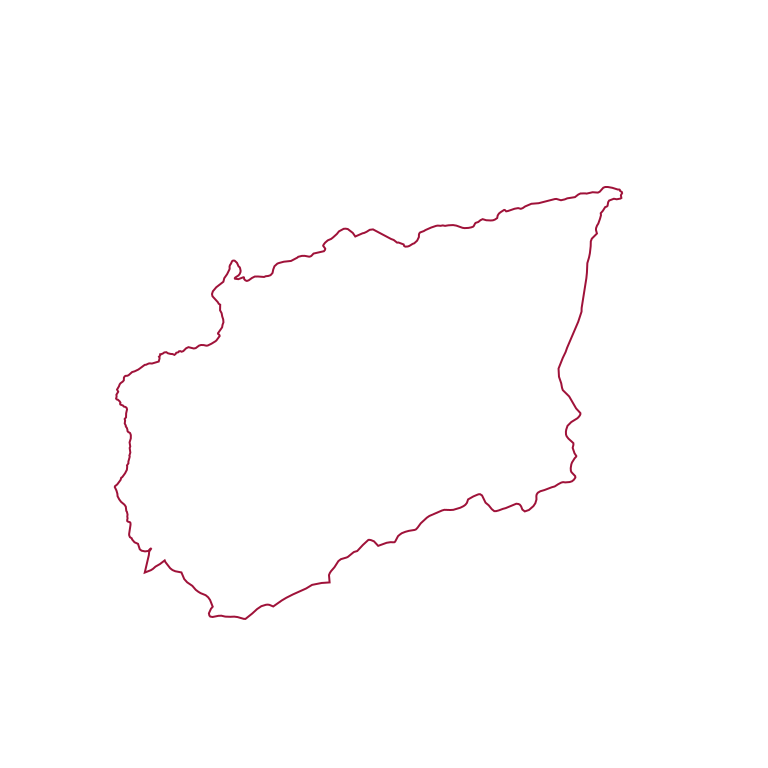 Penipe, Chimborazo, Ecuador (Equal Earth projection), rotated 67°
{"feature_id": "8360857B23969397471508", "entity_name": "Penipe", "entity_type": "district", "adm_level": 2, "iso_a3": "ECU", "parent_name": "Ecuador", "parent_adm1": "Chimborazo", "projection": "equal_earth", "projection_center": [-78.46, -1.554], "detail": "fine", "context": "isolated", "style": "outline", "palette": "rose", "viewbox_px": 768, "rotation_deg": 67, "n_neighbors": 0, "source": "geoboundaries", "source_scale": "gbopen_adm2", "svg_char_len": 6154}
<svg xmlns="http://www.w3.org/2000/svg" viewBox="0 0 768 768"><g transform="rotate(67 384 384)"><path d="M394.6,173.9L391.3,172.4L365.7,156.4L360.8,153.7L352.2,149.6L347.6,145.8L344.1,143.4L337.9,139.9L333.5,137.9L331.4,135.9L328.7,129.2L325.0,128.7L323.4,127.9L321.4,126.0L320.1,124.1L316.3,120.6L313.4,118.3L311.5,117.8L310.1,114.9L307.6,111.3L307.7,109.7L307.3,108.6L304.2,106.6L303.1,105.1L303.3,100.0L304.9,97.6L305.7,93.9L305.5,92.8L302.8,92.2L301.3,90.2L300.1,90.1L298.6,91.2L297.3,91.1L296.8,91.6L296.5,92.6L292.6,97.2L290.1,101.0L289.1,103.4L289.0,105.4L291.3,110.3L291.4,112.3L289.0,117.0L287.9,123.1L287.1,124.4L285.4,128.7L285.5,131.1L286.6,135.2L284.7,142.8L284.7,145.4L284.0,149.3L281.0,153.0L280.5,154.5L278.0,171.0L275.7,177.9L275.7,184.7L276.3,187.6L276.2,189.6L274.5,191.8L273.7,195.3L273.2,202.3L272.8,204.1L271.2,204.7L270.7,205.4L271.4,209.5L272.0,211.6L273.3,213.5L275.5,215.0L276.0,217.8L275.9,219.7L275.2,221.8L273.2,225.9L270.8,228.8L270.9,231.2L271.7,233.9L271.5,236.7L271.8,237.4L273.7,239.7L274.0,240.5L273.9,242.5L273.3,245.3L272.0,248.9L270.9,250.7L266.5,255.5L264.7,258.3L263.1,262.7L262.3,266.0L261.0,267.9L260.5,270.1L259.2,272.6L258.8,274.2L258.4,279.5L258.5,285.7L258.8,287.6L258.6,291.5L259.2,292.7L260.2,293.5L262.4,294.5L265.0,297.5L266.3,301.2L266.2,302.9L266.8,306.6L266.7,308.4L265.9,310.7L264.9,311.5L263.2,311.4L259.4,315.4L259.0,316.7L255.2,318.8L253.3,320.8L237.4,333.7L236.5,336.9L237.1,340.5L237.2,343.3L236.9,344.8L237.0,352.8L232.7,353.7L227.2,356.8L226.0,358.7L225.4,360.5L225.9,365.8L227.5,368.8L229.1,373.4L229.8,375.9L229.8,379.6L230.9,383.0L232.1,385.1L233.0,386.0L236.4,385.2L237.4,385.8L238.3,387.4L236.4,397.9L237.7,400.8L237.8,401.8L237.6,403.1L235.0,407.0L234.0,409.4L233.4,413.3L233.8,414.3L234.4,421.5L232.3,428.4L231.6,433.3L231.5,435.1L232.8,438.8L235.3,441.2L238.2,443.2L239.3,445.4L239.5,446.3L239.3,448.4L238.6,450.7L238.6,452.6L235.8,458.0L234.6,460.9L234.8,464.1L235.7,468.0L235.6,469.6L235.3,470.3L234.4,471.1L233.0,471.7L231.2,471.3L230.8,471.7L230.6,477.1L228.9,480.0L228.3,480.0L227.9,479.4L227.2,475.5L226.3,473.8L224.8,472.3L223.6,471.7L220.9,471.2L219.9,471.3L219.0,471.9L215.0,472.0L212.3,473.2L211.7,473.9L211.4,475.2L211.7,476.0L213.4,477.8L214.4,479.3L215.4,480.2L217.7,481.1L218.3,481.7L221.6,485.5L224.2,489.7L227.1,491.9L229.4,500.6L231.8,505.3L234.0,507.2L236.3,507.6L243.7,505.0L245.5,504.8L247.0,503.8L252.1,506.1L255.4,505.8L258.5,506.5L261.8,506.8L264.5,507.7L266.3,509.4L268.6,510.9L272.4,517.0L273.1,517.1L274.4,516.4L275.6,516.5L278.4,521.2L278.8,522.4L279.5,527.1L279.7,531.2L279.3,532.6L277.7,534.8L276.6,537.2L276.4,539.3L277.4,543.3L277.0,545.2L273.7,549.6L273.8,552.2L275.3,555.9L275.2,557.7L274.2,558.6L273.8,559.9L274.4,560.9L274.1,563.0L274.9,564.1L275.3,565.5L273.7,567.1L273.0,568.6L271.3,570.9L269.7,571.9L269.1,573.9L269.6,576.0L269.2,578.5L270.3,578.8L271.0,580.5L272.0,580.3L272.9,580.7L275.3,582.6L274.5,589.6L273.5,591.5L273.2,592.7L273.3,595.5L272.9,596.8L274.7,604.4L274.9,608.6L274.6,611.2L276.1,615.7L276.1,617.1L275.5,618.8L275.7,619.8L276.5,620.9L279.0,622.1L279.7,623.5L280.3,626.1L281.0,627.4L282.6,628.9L284.8,631.9L287.3,631.7L289.3,634.5L291.2,635.1L292.7,636.3L293.7,636.1L294.5,635.1L296.7,634.1L298.2,633.9L299.2,634.7L300.0,634.6L301.8,632.7L303.0,632.4L304.2,630.9L305.3,630.3L306.9,630.4L310.2,632.8L313.9,634.5L314.9,636.4L316.5,636.6L319.1,638.1L321.3,637.9L322.3,638.3L323.6,637.9L325.6,638.0L327.1,638.5L328.5,638.1L329.1,637.4L330.0,636.9L332.1,637.0L335.1,638.3L338.3,641.0L342.4,642.0L343.5,643.1L348.0,644.3L350.5,646.4L351.1,646.3L352.0,646.8L355.5,649.6L357.2,650.3L358.5,652.4L359.8,652.7L362.5,654.2L365.0,657.2L367.5,661.4L367.6,662.5L369.4,664.0L372.2,668.8L373.0,671.6L373.7,672.1L377.4,671.9L380.8,672.3L383.2,673.1L386.8,672.8L389.7,672.1L393.6,670.1L396.0,669.6L400.1,670.8L401.3,670.6L404.0,671.1L405.7,672.1L407.4,672.5L408.9,673.6L409.8,673.9L410.5,673.6L412.1,671.8L412.9,671.7L414.5,672.3L422.6,677.3L423.9,677.7L425.7,677.7L427.5,676.5L428.7,676.6L432.2,675.5L435.0,672.9L440.7,673.4L442.7,672.3L444.7,669.4L445.5,666.6L445.5,666.0L444.4,663.6L444.3,662.2L446.5,665.6L449.6,667.3L464.1,677.9L464.3,671.3L463.9,668.9L462.8,665.7L462.2,660.6L460.7,654.8L462.5,654.8L470.1,652.8L472.6,651.4L474.8,649.3L478.3,644.1L485.5,644.1L489.6,642.7L494.9,639.3L499.9,637.7L502.7,636.1L504.9,634.5L508.7,630.7L511.6,629.2L514.8,628.5L522.1,628.7L523.3,631.1L526.7,634.8L528.9,635.2L530.2,634.8L531.5,632.8L532.7,627.0L533.7,624.3L536.1,621.0L538.3,616.3L539.6,612.8L541.3,609.9L545.5,604.7L546.1,603.3L543.8,595.0L541.6,588.8L540.6,583.7L541.1,578.9L541.7,577.1L542.6,575.7L545.5,572.9L543.3,562.6L542.6,557.4L542.1,550.0L541.8,535.6L540.8,528.7L542.8,519.1L545.4,511.6L538.4,509.3L536.8,507.7L535.6,505.9L533.3,501.2L529.2,495.2L528.4,492.1L529.1,486.1L529.0,484.7L527.1,478.2L526.9,477.2L527.3,473.9L523.9,466.3L521.4,459.3L521.7,458.4L522.6,457.0L524.9,454.7L530.7,452.6L531.2,443.6L532.1,440.0L533.7,436.4L533.5,435.4L529.5,430.5L528.8,428.2L528.3,426.0L528.4,422.1L528.9,418.4L530.3,412.8L530.3,411.3L529.4,409.3L526.6,404.6L523.8,396.8L523.2,393.8L523.1,380.0L523.4,377.6L525.9,372.2L526.9,369.4L527.7,362.1L527.5,358.5L527.0,356.3L525.8,354.1L523.1,351.7L522.4,345.7L522.4,341.1L522.5,339.9L523.0,338.6L524.9,337.3L532.9,336.9L536.6,335.0L541.3,333.7L544.1,332.2L544.8,330.6L545.2,327.8L545.4,323.3L545.8,320.5L545.9,309.0L547.0,307.1L548.2,306.1L550.2,305.6L553.6,305.7L556.3,304.2L556.6,299.8L554.8,294.2L552.9,291.3L549.9,288.8L546.6,287.5L545.3,286.6L544.2,284.9L543.8,282.0L544.3,277.8L544.6,269.9L545.0,266.9L544.3,262.9L544.0,259.3L544.3,257.5L545.4,255.6L546.8,251.4L547.0,248.9L546.3,246.6L544.9,244.4L543.5,244.0L538.4,245.9L536.9,245.9L534.4,245.0L531.2,243.0L529.7,241.6L526.9,237.6L525.9,235.4L525.4,235.1L522.3,235.7L516.5,235.3L514.0,233.4L512.4,232.8L506.3,235.6L503.5,236.3L501.6,236.2L499.0,235.2L497.1,234.0L494.2,231.4L492.2,226.5L491.1,219.3L490.2,217.2L489.3,215.8L488.5,215.0L487.5,214.6L481.6,216.7L467.8,218.4L459.5,221.8L457.0,221.6L452.6,220.6L445.7,220.1L438.0,217.3L429.8,209.2L425.6,204.4L422.2,201.3L402.6,180.9L394.6,173.9Z" fill="none" stroke="#9f1239" stroke-width="2"/></g></svg>